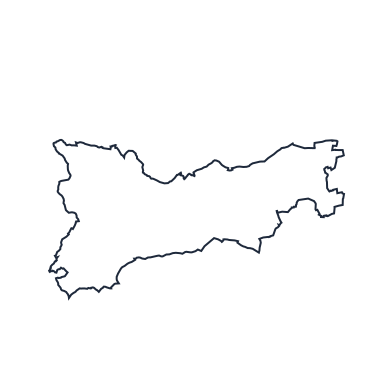 Taga, Cluj, Romania, rotated 348°
{"feature_id": "2599482B54670496725150", "entity_name": "Taga", "entity_type": "district", "adm_level": 2, "iso_a3": "ROU", "parent_name": "Romania", "parent_adm1": "Cluj", "projection": "robinson", "projection_center": [24.058, 46.951], "detail": "fine", "context": "isolated", "style": "outline", "palette": "slate", "viewbox_px": 384, "rotation_deg": 348, "n_neighbors": 0, "source": "geoboundaries", "source_scale": "gbopen_adm2", "svg_char_len": 5988}
<svg xmlns="http://www.w3.org/2000/svg" viewBox="0 0 384 384"><g transform="rotate(348 192 192)"><path d="M101.4,266.2L100.2,262.9L100.2,261.5L100.7,259.3L102.7,256.4L106.6,252.1L108.1,251.0L110.7,250.3L114.0,248.7L116.2,248.1L118.4,247.9L122.1,246.6L121.7,245.2L123.2,245.5L124.2,244.8L126.3,244.9L127.7,245.4L129.4,246.7L132.3,247.8L135.3,246.9L137.8,247.3L144.8,247.2L146.6,247.3L148.5,248.6L149.9,248.9L153.9,247.8L156.9,248.3L160.5,247.8L163.5,248.1L167.7,249.4L169.8,250.4L172.8,249.3L174.0,249.3L177.6,250.6L179.2,251.0L183.1,250.6L185.7,249.5L188.8,251.6L193.0,247.6L204.0,241.7L207.8,243.8L210.4,246.1L210.8,247.0L211.3,246.8L212.8,245.6L212.9,244.9L214.0,245.0L216.7,245.8L218.5,246.7L223.6,248.2L226.8,249.7L225.9,251.0L228.9,254.3L230.9,255.9L232.5,256.7L234.8,258.4L237.1,259.0L239.6,260.2L244.8,265.2L245.8,263.2L246.6,260.5L248.7,256.0L248.8,254.0L248.1,251.9L252.2,251.3L257.4,251.8L257.7,252.1L259.3,251.9L259.4,251.5L262.4,251.3L265.8,245.7L266.6,245.0L268.6,244.4L270.2,243.3L270.0,242.3L270.5,242.7L272.4,240.9L273.1,240.6L272.5,238.9L271.5,234.4L271.5,233.2L270.9,229.6L270.9,228.2L271.3,228.2L271.4,229.2L271.9,230.1L276.1,230.0L281.6,231.6L284.4,229.4L286.3,228.4L286.4,227.9L288.3,228.3L288.6,227.6L290.5,228.0L290.9,227.2L291.0,226.3L291.8,225.6L292.2,224.2L293.2,223.0L294.6,222.0L304.3,222.6L309.5,226.3L310.5,228.7L310.6,229.4L309.2,234.6L309.5,235.6L310.9,235.5L312.2,240.0L311.4,240.6L313.3,242.2L313.0,243.3L315.6,244.0L315.8,242.7L316.7,242.7L318.4,242.8L318.4,243.4L319.5,243.4L319.7,243.8L319.9,243.8L324.3,242.5L326.5,242.5L328.0,237.8L328.3,236.2L332.9,235.9L336.7,236.0L338.1,230.2L338.6,229.7L340.3,225.5L338.9,224.7L338.6,223.4L333.9,223.4L334.3,219.1L330.5,219.2L330.4,219.7L328.5,219.9L328.2,219.5L326.6,220.1L326.4,219.9L325.0,216.3L326.1,210.2L326.0,209.1L326.4,206.2L328.1,204.3L328.4,203.6L328.3,202.8L327.1,201.6L326.8,201.0L326.3,200.8L326.3,199.0L326.0,197.9L326.2,196.9L327.2,196.5L327.9,195.8L329.9,195.6L330.1,197.1L332.6,196.9L332.9,199.5L336.7,198.0L339.6,191.9L340.1,189.8L340.6,189.1L340.7,188.3L342.3,188.3L343.1,188.0L345.3,188.2L348.1,187.7L348.1,182.3L341.2,180.8L341.1,180.5L337.8,180.2L339.5,176.0L342.8,177.0L343.8,175.2L344.8,172.7L344.2,172.0L341.1,171.0L340.9,171.2L340.1,171.2L340.2,170.7L339.6,170.5L333.5,169.6L329.8,170.0L322.1,169.5L321.2,172.5L321.3,174.1L321.1,174.6L320.5,174.5L314.8,173.1L311.3,172.6L301.1,167.0L300.8,166.6L300.6,165.5L295.2,167.6L291.1,167.9L290.9,167.7L288.7,167.7L287.2,168.7L283.9,169.9L279.9,172.1L273.5,174.7L269.3,177.2L264.8,176.4L257.2,176.6L254.4,177.6L253.3,178.5L250.5,178.7L247.4,178.2L243.8,177.0L241.2,176.7L238.3,177.1L236.0,177.0L236.3,178.6L234.7,179.0L233.2,178.8L231.6,178.1L232.0,177.6L232.4,176.1L229.9,174.8L227.7,172.7L226.8,171.7L224.8,168.0L222.4,166.3L220.7,165.7L218.9,166.4L218.3,167.1L217.0,167.8L213.9,168.7L211.6,170.2L208.7,170.4L206.3,171.3L201.3,171.7L197.6,173.1L197.4,173.5L197.7,174.4L197.9,176.6L197.7,176.9L195.3,175.2L194.9,175.4L193.4,173.7L193.0,173.6L191.5,174.3L191.3,174.7L188.5,176.8L188.3,177.2L187.1,177.8L186.7,176.9L187.0,175.3L186.7,174.5L185.4,173.6L184.7,173.5L183.9,172.7L184.9,172.0L185.2,171.4L185.1,170.8L181.3,172.4L180.8,172.2L177.9,174.8L174.0,177.2L172.8,177.1L170.4,178.3L166.8,177.8L162.6,175.6L160.1,173.4L157.0,171.1L156.2,170.7L154.9,170.5L154.5,169.9L154.1,168.5L153.5,167.7L151.5,166.9L151.3,166.1L149.4,164.7L149.0,163.6L148.0,162.8L148.2,161.8L148.7,160.9L148.6,157.3L149.9,155.2L149.9,154.7L148.4,152.1L147.0,150.5L146.4,149.3L145.3,148.0L145.2,147.5L145.5,146.4L145.5,145.7L144.9,144.3L144.7,143.4L145.0,142.7L142.5,139.5L138.6,138.5L136.3,139.7L133.9,141.6L133.4,142.5L132.8,144.2L131.8,141.9L130.6,140.9L128.9,135.7L127.6,133.0L126.2,133.0L126.3,131.0L127.1,130.3L126.8,130.1L124.0,130.5L124.1,130.3L123.5,130.3L123.2,130.8L121.8,130.5L121.7,131.9L121.1,133.2L114.8,130.9L113.7,130.3L113.7,129.6L113.1,129.5L112.8,129.0L110.5,129.2L109.2,128.5L108.9,127.9L108.0,127.2L106.1,126.3L103.1,125.7L97.4,122.7L96.1,121.5L93.5,120.2L92.5,120.0L90.3,120.3L88.8,119.4L88.9,122.7L86.3,121.8L84.1,121.4L82.1,120.2L79.3,120.2L78.5,119.3L78.0,117.5L76.8,116.6L76.7,115.7L75.9,114.6L75.1,113.9L73.8,113.7L71.1,114.5L70.0,114.5L69.1,115.3L68.0,115.2L66.9,115.4L66.5,116.1L66.5,118.5L67.6,120.1L67.5,121.9L68.4,124.3L69.9,126.2L69.8,126.7L70.4,127.1L73.0,129.5L74.4,132.7L74.5,134.3L75.6,137.3L76.6,138.7L75.9,140.5L75.3,144.1L75.3,145.3L75.8,147.9L76.6,149.8L76.6,150.9L74.9,153.2L73.6,154.2L66.3,154.0L64.3,154.5L63.9,156.4L62.6,158.3L62.1,159.7L61.7,161.8L61.0,162.7L60.7,163.8L61.2,165.0L62.1,166.5L63.7,168.3L64.3,169.5L65.0,172.1L64.9,174.0L64.4,175.0L64.0,176.3L64.7,178.1L64.9,183.4L65.3,184.1L67.2,186.7L69.8,186.8L70.7,187.0L72.7,187.9L73.8,189.0L74.2,190.9L73.9,193.0L75.0,194.9L75.2,197.0L71.7,196.7L72.0,196.9L72.0,198.0L70.3,200.5L67.8,203.4L66.8,202.4L66.4,202.4L63.4,206.1L62.1,206.9L62.6,207.9L59.9,209.6L55.2,211.3L53.5,214.0L53.4,215.7L53.6,216.2L53.2,217.1L51.8,218.6L51.3,220.5L49.5,221.8L47.7,222.6L45.9,225.4L45.5,225.8L44.7,225.9L45.3,227.9L47.0,227.7L45.7,228.9L45.5,229.5L45.5,230.7L44.3,231.0L44.3,231.5L43.2,231.7L41.9,233.3L40.3,234.0L38.5,235.3L37.4,237.4L37.9,237.4L37.6,238.1L35.9,239.2L36.1,240.3L36.3,240.6L37.4,240.0L38.7,240.4L39.3,240.0L40.4,240.7L41.2,241.7L41.3,242.1L42.6,242.7L44.0,240.3L45.2,239.8L46.6,240.0L48.1,238.8L49.5,240.1L50.5,240.0L52.6,243.5L53.6,244.8L50.2,247.9L49.7,248.0L46.5,248.1L45.9,248.6L43.6,248.4L43.0,247.9L41.0,248.1L41.1,250.0L42.0,252.5L42.1,253.8L41.8,255.0L43.5,258.2L43.7,260.1L44.3,261.1L46.4,262.2L48.2,263.7L48.7,265.0L49.4,266.3L49.5,267.4L49.8,267.6L49.6,270.1L52.5,267.3L55.3,266.0L56.3,265.8L57.6,265.2L58.5,264.4L62.1,262.9L63.1,263.3L66.5,263.9L69.5,264.9L70.6,264.3L73.0,265.3L73.4,265.2L73.5,264.7L75.2,264.7L76.3,265.4L77.7,267.4L78.5,268.2L78.8,268.3L80.1,270.3L82.9,267.9L85.2,267.0L85.4,266.6L86.1,266.2L87.8,266.8L88.5,267.4L91.7,269.2L93.0,269.5L93.0,268.5L96.9,265.9L97.9,265.7L101.4,266.2Z" fill="none" stroke="#1e293b" stroke-width="2"/></g></svg>